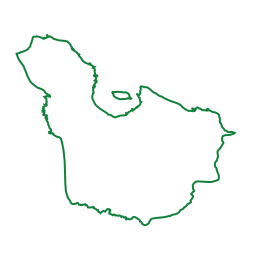 the district of Kota Baubau, Sulawesi Tenggara, Indonesia, rotated 86°
{"feature_id": "22746128B66779214231616", "entity_name": "Kota Baubau", "entity_type": "district", "adm_level": 2, "iso_a3": "IDN", "parent_name": "Indonesia", "parent_adm1": "Sulawesi Tenggara", "projection": "albers", "projection_center": [122.657, -5.423], "detail": "fine", "context": "isolated", "style": "outline", "palette": "green", "viewbox_px": 256, "rotation_deg": 86, "n_neighbors": 0, "source": "geoboundaries", "source_scale": "gbopen_adm2", "svg_char_len": 5852}
<svg xmlns="http://www.w3.org/2000/svg" viewBox="0 0 256 256"><g transform="rotate(86 128 128)"><path d="M149.5,33.8L147.4,34.8L145.4,35.0L143.5,34.5L142.6,33.7L141.9,31.6L142.0,26.7L141.1,23.1L140.2,22.0L139.0,25.3L139.3,26.8L139.0,28.5L137.6,30.3L137.0,31.7L135.2,32.6L133.6,34.1L130.1,34.9L129.1,35.8L126.9,36.0L126.3,35.7L124.7,35.7L123.0,36.3L121.6,36.2L120.5,36.9L119.2,38.7L118.5,40.1L118.0,42.3L115.9,45.8L116.2,48.3L115.6,50.0L115.4,52.7L113.8,54.3L113.8,54.9L112.4,57.2L112.7,58.4L115.2,59.8L115.7,60.6L115.8,61.5L115.2,64.7L115.2,66.1L114.8,67.1L113.1,69.8L111.3,71.9L108.8,73.9L107.3,76.2L105.6,79.7L104.1,83.6L100.3,90.6L99.5,91.2L98.0,94.7L96.3,96.8L95.6,97.3L95.6,97.6L94.1,100.2L90.3,104.0L88.7,106.2L88.4,108.8L87.6,110.8L87.4,112.2L87.7,112.4L88.2,112.5L88.4,112.8L90.4,112.5L91.8,113.2L94.2,113.3L94.7,113.6L96.0,114.8L94.9,116.5L95.1,116.6L96.1,114.9L96.8,115.6L98.1,115.1L98.8,114.2L100.7,114.3L102.9,113.7L103.1,113.1L103.7,113.8L105.0,114.0L106.3,115.2L107.2,116.8L107.8,117.0L108.0,117.4L108.3,117.8L107.9,118.2L108.1,118.5L108.7,118.9L110.0,120.4L110.2,121.3L109.4,122.0L109.3,122.5L110.6,122.5L110.3,122.8L111.6,124.8L112.3,126.5L112.7,127.0L113.6,127.4L113.9,128.1L112.2,129.5L114.1,128.2L115.0,129.1L115.1,135.0L116.4,139.5L116.5,140.3L116.1,141.3L113.7,144.6L113.2,146.9L111.9,147.7L106.6,154.9L103.5,158.0L101.7,159.3L95.8,161.6L93.1,161.3L90.3,160.2L90.4,159.8L90.1,159.8L88.8,160.1L88.5,159.9L87.7,160.1L85.2,160.0L85.3,159.4L84.9,159.3L84.9,158.5L84.5,158.3L84.5,158.6L84.9,158.7L84.7,159.3L83.3,159.3L82.6,158.8L82.7,158.4L80.7,157.3L80.2,157.3L80.2,156.3L81.0,156.2L79.5,156.1L79.4,157.2L78.5,157.1L78.5,156.2L78.3,156.2L78.1,157.4L77.8,157.0L76.5,156.7L75.9,156.2L74.6,156.3L74.0,155.0L73.5,155.2L74.4,156.9L74.0,157.1L73.9,158.1L73.6,158.3L73.2,158.3L72.5,156.7L71.6,157.1L68.8,157.4L67.9,156.9L65.9,157.6L65.5,157.4L65.8,158.1L65.5,158.3L65.2,157.9L65.2,158.4L64.8,158.0L65.5,157.4L64.5,157.7L64.1,158.3L64.8,158.8L64.0,158.7L63.5,158.9L62.4,161.0L62.3,160.4L62.2,161.2L61.5,162.2L61.1,161.7L61.5,161.3L61.3,161.1L60.8,161.6L61.4,162.5L60.6,164.6L59.7,166.5L58.9,167.0L58.0,168.4L54.3,170.4L53.0,171.6L51.6,172.2L51.3,171.6L51.0,171.9L51.5,172.2L48.8,174.1L46.3,177.4L45.7,176.8L45.5,177.0L46.1,177.6L45.1,178.6L44.6,178.6L43.9,178.2L43.6,178.3L42.7,179.0L40.6,179.8L38.4,181.6L37.2,183.1L36.8,184.5L35.8,190.6L34.1,195.3L33.8,196.0L32.6,197.2L31.0,199.9L31.6,201.6L29.8,202.0L29.9,202.5L31.8,201.7L32.8,204.7L33.0,205.8L32.4,205.8L32.5,206.0L33.0,205.9L33.0,206.3L32.0,207.7L30.8,210.5L30.2,212.8L30.5,213.6L30.3,215.7L30.9,216.5L36.2,218.4L37.5,219.2L39.7,219.8L42.7,222.8L44.0,225.9L44.9,229.6L45.9,231.7L45.8,232.8L46.1,234.0L49.4,233.1L52.1,232.1L59.2,227.8L70.5,224.2L75.0,222.1L77.2,220.3L79.8,217.5L81.5,215.3L83.1,211.7L84.3,209.7L85.2,208.9L87.5,207.7L90.1,203.7L91.3,203.7L90.5,206.7L91.1,209.3L92.0,208.7L92.4,207.8L93.0,207.4L94.8,207.5L96.2,207.2L97.8,208.0L98.5,207.5L99.5,207.5L100.0,208.1L99.2,209.6L100.2,209.3L101.1,210.2L101.2,211.1L101.7,211.2L102.4,210.8L102.8,211.4L103.4,211.2L104.9,210.0L105.3,210.3L105.3,210.8L105.2,211.3L104.6,211.6L104.6,212.0L105.5,212.2L105.8,212.1L105.9,210.8L106.6,210.3L108.8,211.6L109.1,211.5L109.3,211.2L108.2,210.5L109.6,210.3L109.8,209.5L109.6,208.5L109.9,208.0L112.1,209.4L112.3,208.1L113.2,207.8L113.4,208.0L113.5,208.9L113.7,209.0L114.8,208.7L116.7,207.6L119.6,207.2L121.3,206.4L122.4,206.4L123.7,205.2L125.0,204.8L125.6,204.9L126.1,205.7L126.4,206.9L127.4,207.1L127.9,206.4L128.0,205.7L127.7,204.1L128.2,203.8L128.4,202.9L129.0,202.8L129.3,203.0L129.6,202.7L131.7,199.7L132.3,197.4L134.1,195.6L138.1,194.8L145.4,193.9L155.8,193.5L179.5,194.4L185.9,194.4L187.9,194.2L193.4,192.9L195.9,191.2L198.6,190.2L199.3,189.7L199.9,188.6L200.1,187.9L199.9,185.2L199.1,183.9L199.5,183.2L201.3,182.0L201.2,180.7L201.6,180.4L201.7,179.9L201.3,179.2L201.6,178.5L201.1,177.0L201.0,176.2L201.9,175.8L201.6,175.3L201.8,174.8L203.9,173.5L204.4,173.5L204.6,173.3L204.6,168.9L204.2,168.3L204.9,167.4L205.6,167.6L206.8,165.5L207.8,164.6L207.8,163.6L209.5,163.5L210.2,162.1L211.1,161.4L209.6,159.7L208.9,158.2L209.8,156.8L207.5,154.4L207.4,153.7L208.1,152.7L207.9,152.0L208.2,151.5L208.6,151.4L209.3,151.9L209.8,151.6L211.0,152.7L212.2,152.6L212.8,151.0L213.9,149.4L213.3,148.8L213.4,148.0L213.6,147.6L214.3,147.2L214.2,146.0L214.9,143.9L214.6,142.6L215.3,141.4L216.3,140.8L215.9,140.3L215.8,139.5L216.3,138.8L217.1,138.2L217.2,137.8L216.7,136.7L217.6,135.9L218.2,135.8L218.7,136.3L219.0,136.2L218.5,134.2L219.3,133.1L219.3,132.5L218.5,130.1L217.8,129.9L217.3,129.1L217.2,127.6L218.2,125.8L219.5,124.5L219.9,123.5L221.1,122.6L222.1,122.6L222.8,121.2L224.5,120.6L225.1,120.0L226.2,118.1L225.9,116.4L225.0,114.8L224.1,113.7L222.2,112.8L220.3,111.0L220.2,110.6L219.8,107.5L219.5,98.4L218.6,91.9L217.7,89.8L217.3,86.9L216.7,84.8L215.9,83.3L213.4,81.3L212.9,79.4L212.6,78.8L211.4,77.8L210.1,75.6L208.3,74.0L206.5,70.4L204.9,70.7L202.1,68.4L201.0,67.9L200.4,68.0L198.3,69.5L196.6,68.0L195.6,66.4L195.3,66.4L193.4,67.3L189.5,67.4L188.4,66.7L186.9,65.1L186.3,63.8L186.1,62.1L187.4,52.2L187.7,48.5L186.9,44.5L186.1,41.9L185.6,41.2L183.8,40.8L181.8,40.8L176.0,42.4L174.6,42.4L172.5,43.8L171.8,44.0L169.3,43.7L168.5,43.4L166.3,41.5L164.6,41.0L163.3,40.2L157.8,40.4L156.5,39.6L154.6,37.4L149.5,33.8ZM80.1,156.3L80.0,157.2L79.6,157.2L79.6,156.3L80.1,156.3ZM98.3,126.1L99.2,123.1L98.9,122.7L97.2,124.1L96.7,124.4L95.4,124.4L93.9,125.1L92.6,126.9L92.2,128.3L92.2,130.2L91.6,132.3L91.1,136.3L91.3,139.4L90.9,140.6L91.3,141.1L92.0,141.1L93.6,140.1L94.8,140.1L95.7,139.5L96.0,139.7L95.8,139.5L96.9,137.8L98.7,134.4L98.8,128.3L98.7,127.1L98.3,126.1ZM113.3,62.6L114.2,61.4L114.0,60.9L113.6,61.0L113.1,62.0L113.0,62.5L113.3,62.6ZM114.9,48.0L115.0,47.4L114.6,47.2L114.6,47.7L114.9,48.0ZM113.8,60.7L114.0,60.0L113.8,59.5L113.7,59.5L113.8,60.7Z" fill="none" stroke="#15803d" stroke-width="2"/></g></svg>